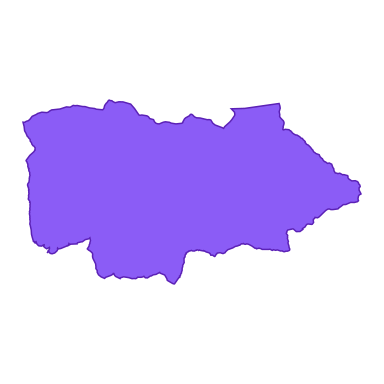 the district of Borsa, Maramures, Romania
{"feature_id": "2599482B59902252532160", "entity_name": "Borsa", "entity_type": "district", "adm_level": 2, "iso_a3": "ROU", "parent_name": "Romania", "parent_adm1": "Maramures", "projection": "orthographic", "projection_center": [24.861, 47.649], "detail": "fine", "context": "isolated", "style": "filled", "palette": "violet", "viewbox_px": 384, "rotation_deg": 0, "n_neighbors": 0, "source": "geoboundaries", "source_scale": "gbopen_adm2", "svg_char_len": 5939}
<svg xmlns="http://www.w3.org/2000/svg" viewBox="0 0 384 384"><path d="M174.5,283.9L178.8,277.7L179.7,277.4L180.0,276.7L179.5,276.1L180.5,275.2L180.8,273.8L181.5,273.0L181.5,272.1L182.1,270.5L182.2,268.1L182.7,266.7L182.7,265.4L184.2,262.5L184.1,261.9L184.0,258.4L184.3,258.1L184.3,257.5L185.1,256.9L185.0,256.1L185.4,254.4L186.2,253.9L186.1,253.0L186.8,252.8L187.1,252.2L188.2,251.8L188.5,251.2L189.5,251.1L190.0,250.7L190.7,250.8L191.3,250.4L192.8,251.0L194.7,251.0L195.4,250.4L196.6,250.3L197.0,249.8L198.0,250.0L198.7,250.5L199.5,250.0L200.3,250.4L203.1,250.9L203.5,250.6L204.1,251.1L204.5,250.9L206.0,251.9L209.0,252.8L210.0,253.5L210.8,255.2L212.8,255.2L213.5,255.9L214.7,256.5L215.2,256.1L216.2,254.2L216.7,254.0L217.2,253.1L220.1,252.7L223.0,253.6L225.1,252.7L225.7,251.7L227.8,249.7L232.8,247.9L235.3,246.4L237.8,245.9L239.0,245.2L239.7,245.3L241.4,243.8L242.8,243.9L243.3,243.5L244.2,244.1L245.7,244.3L246.8,243.8L248.8,244.4L252.0,246.1L254.9,248.2L256.0,248.2L256.4,248.8L259.0,248.2L260.9,248.7L262.1,249.4L268.8,249.4L270.0,249.2L272.2,250.4L272.7,250.3L273.3,249.7L275.7,250.3L277.3,249.9L280.5,251.0L282.2,250.9L283.4,251.6L284.7,251.7L285.8,251.2L287.4,251.2L288.8,250.7L289.5,250.3L289.8,249.1L289.1,247.5L288.9,245.9L288.0,243.1L288.0,242.6L288.4,241.5L287.4,238.5L287.6,237.5L287.5,236.5L287.7,235.3L286.5,233.8L286.3,233.2L286.9,232.1L286.8,231.5L287.8,230.0L292.8,228.9L293.5,229.1L296.3,231.6L300.0,231.5L302.9,229.4L302.5,228.6L305.1,226.9L306.1,225.2L307.1,224.2L308.2,224.0L311.6,224.4L312.3,224.2L313.6,222.5L313.3,220.6L313.4,219.3L314.6,218.4L315.0,217.4L317.6,217.8L319.1,216.9L325.7,210.5L327.5,209.3L329.1,208.9L330.9,209.6L332.8,209.6L338.0,208.9L338.8,208.2L338.9,207.7L340.4,206.9L343.3,204.6L345.8,204.5L350.7,202.4L354.2,202.5L357.5,201.7L358.5,200.7L358.2,200.0L358.0,198.5L358.5,196.0L359.3,194.9L361.0,194.0L360.9,193.6L359.1,190.1L359.1,187.8L360.1,186.8L360.2,186.3L359.6,184.6L358.7,183.9L358.3,182.4L357.3,181.5L355.2,180.7L351.9,180.9L351.1,180.5L348.9,179.0L348.1,178.0L347.9,177.3L348.0,176.2L347.6,175.6L343.8,174.6L342.7,174.8L339.8,173.2L337.9,173.6L336.5,173.1L335.3,173.0L334.0,170.8L333.7,168.5L332.9,167.6L331.7,164.2L329.3,163.0L327.5,163.4L325.5,161.9L324.4,161.6L322.8,159.7L322.4,158.7L321.5,158.2L320.0,156.6L319.2,154.7L315.8,153.5L315.1,152.8L313.5,151.7L312.8,150.0L312.3,149.7L310.5,147.3L308.3,145.1L306.4,144.2L305.8,143.1L305.1,142.6L305.2,141.5L302.9,139.4L302.5,138.5L301.2,138.2L299.7,136.7L296.9,135.0L295.8,135.0L294.5,134.4L292.3,132.9L291.9,132.1L291.3,131.7L290.7,130.8L289.9,130.6L289.0,129.7L285.2,129.3L283.6,129.9L283.0,129.7L282.8,129.3L283.2,127.6L283.1,126.8L284.0,123.8L284.0,122.3L283.4,120.9L280.7,118.1L279.6,116.5L279.8,114.7L279.2,111.7L280.2,108.2L279.9,106.0L279.1,103.5L244.8,108.4L231.3,108.8L234.5,112.2L234.8,114.3L234.6,115.5L231.7,119.8L229.8,122.0L224.6,126.7L223.6,128.4L222.1,127.6L215.1,125.0L212.8,123.2L210.8,120.0L209.3,119.6L207.2,119.7L200.1,118.0L196.5,117.8L194.4,116.8L192.9,115.2L191.7,114.3L190.4,114.4L189.3,115.8L185.7,117.8L184.5,118.9L182.9,121.8L182.8,122.6L181.7,123.3L175.9,123.9L171.1,123.1L169.5,122.3L165.4,121.8L163.3,122.2L159.2,123.9L157.3,123.7L155.9,123.2L154.5,121.8L153.5,119.6L149.8,118.6L148.4,116.7L146.9,115.8L141.8,115.0L139.9,115.3L138.9,114.9L134.5,108.5L130.7,104.1L123.0,101.9L118.9,101.8L115.1,102.7L112.6,101.4L111.9,100.7L110.4,100.6L109.3,100.1L108.5,100.4L107.1,102.5L106.2,103.3L105.2,104.7L104.6,105.7L103.9,108.5L102.7,109.8L96.3,109.2L94.6,108.5L89.4,107.9L85.2,106.6L82.4,106.5L77.2,105.5L75.1,105.7L73.2,105.4L70.2,107.2L66.4,106.9L60.0,109.0L51.7,109.9L49.5,111.1L48.4,112.1L46.7,112.6L41.8,112.2L37.3,113.6L36.8,114.2L32.2,116.3L29.8,119.4L28.3,120.7L26.3,121.3L24.7,122.3L23.0,122.2L24.1,126.4L24.6,130.8L26.0,133.3L27.3,136.4L28.0,136.9L28.7,138.0L30.1,139.4L30.2,141.1L31.4,142.6L31.9,144.2L33.1,145.8L33.9,146.1L35.2,147.9L34.9,149.7L35.1,150.0L33.7,151.9L29.8,155.4L26.1,160.4L26.3,161.2L27.0,162.0L27.2,163.0L27.6,163.5L27.9,165.0L27.8,166.3L28.4,168.3L28.7,168.2L29.0,168.8L28.7,169.2L28.9,170.9L29.7,172.4L29.7,174.2L30.0,175.4L29.5,176.8L29.5,177.6L29.2,178.2L29.4,178.8L29.0,181.8L28.8,182.5L28.0,183.4L27.5,185.0L28.0,186.3L27.9,186.8L28.5,187.6L28.6,189.3L29.0,189.8L28.6,190.4L28.8,190.9L28.8,192.8L29.0,193.3L28.5,195.6L28.7,197.2L28.4,198.0L28.3,199.2L29.6,201.1L30.0,201.9L29.7,202.4L30.1,202.7L30.1,203.7L30.2,204.0L29.9,204.8L30.1,206.2L29.8,208.9L30.0,209.7L29.4,211.9L29.7,212.5L29.4,213.7L29.9,216.4L29.8,217.7L30.0,218.2L29.8,219.1L30.2,221.2L29.8,224.1L30.1,224.7L31.2,229.9L31.5,234.3L32.2,237.1L33.3,240.9L34.2,241.5L33.9,241.7L34.5,242.0L34.6,242.6L35.0,242.9L35.5,242.1L35.9,242.5L36.2,242.1L36.5,243.0L36.4,243.4L38.3,245.5L39.0,245.9L41.8,246.1L43.3,245.0L44.1,244.8L44.1,245.4L43.7,246.2L43.8,246.6L44.7,247.5L46.7,248.8L49.4,247.4L49.5,248.6L49.0,250.0L48.1,250.8L48.0,251.5L47.5,252.4L47.7,252.5L48.1,251.8L48.8,251.6L50.2,253.4L52.1,253.8L54.7,253.0L56.9,251.0L57.9,249.3L57.5,248.8L57.6,248.1L58.5,248.9L60.8,248.5L66.6,246.1L67.4,245.4L67.2,245.9L67.5,246.0L68.2,245.6L68.5,244.8L68.6,245.3L68.9,245.2L69.1,243.9L69.7,244.7L70.2,244.5L69.7,244.3L70.0,244.2L77.1,243.9L77.1,243.5L77.5,242.8L81.0,241.9L82.3,241.8L85.3,239.6L88.8,238.8L89.9,237.8L90.5,240.5L89.9,242.7L89.9,243.4L89.2,244.9L89.1,246.0L87.3,248.9L88.6,250.1L90.4,251.2L92.2,252.9L92.7,254.1L92.5,255.3L92.7,256.0L92.5,256.7L93.0,258.5L95.6,263.8L96.0,267.2L95.8,268.1L96.3,269.3L97.2,270.4L97.2,272.3L98.5,274.8L101.1,276.9L104.6,278.4L105.7,277.3L110.9,275.4L112.8,274.3L113.2,273.5L113.8,273.5L114.6,275.4L115.7,276.5L120.1,278.6L120.4,277.9L123.6,276.8L129.0,277.7L132.0,278.7L134.2,278.5L135.6,278.7L136.6,278.3L137.6,277.2L141.0,277.3L142.9,276.9L143.9,276.3L145.3,277.8L147.5,277.9L150.4,276.0L151.2,276.0L153.3,274.8L156.0,274.4L159.7,272.4L160.0,273.1L164.7,275.0L166.8,278.6L167.3,280.4L172.1,283.2L173.3,283.8L174.5,283.9Z" fill="#8b5cf6" stroke="#5b21b6" stroke-width="1.5"/></svg>